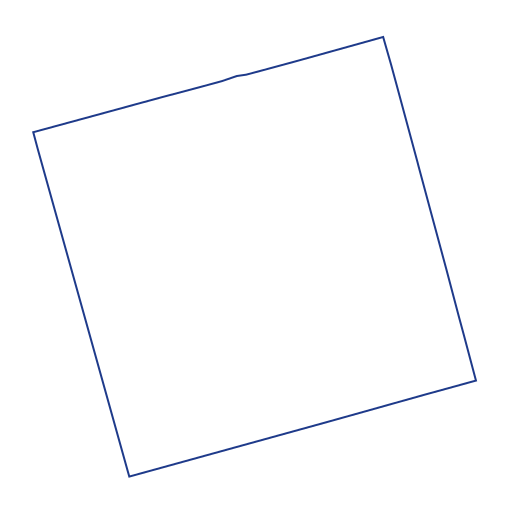 the district of Dallas, Texas, United States of America, rotated 74°
{"feature_id": "52423323B35177303918175", "entity_name": "Dallas", "entity_type": "district", "adm_level": 2, "iso_a3": "USA", "parent_name": "United States of America", "parent_adm1": "Texas", "projection": "albers", "projection_center": [-96.837, 32.767], "detail": "fine", "context": "isolated", "style": "outline", "palette": "blue", "viewbox_px": 512, "rotation_deg": 74, "n_neighbors": 0, "source": "geoboundaries", "source_scale": "gbopen_adm2", "svg_char_len": 587}
<svg xmlns="http://www.w3.org/2000/svg" viewBox="0 0 512 512"><g transform="rotate(74 256 256)"><path d="M436.4,78.9L390.1,78.0L369.7,77.7L322.0,76.7L276.5,76.0L263.0,75.8L262.9,75.8L238.6,75.4L214.0,75.0L210.5,74.9L131.4,73.7L116.6,73.5L109.6,73.4L95.5,73.4L80.5,73.4L79.8,164.6L79.5,185.7L79.3,198.6L79.0,215.4L77.7,224.9L78.5,240.6L78.2,262.3L78.2,262.6L77.4,302.3L77.2,317.1L77.0,331.0L77.0,331.3L76.7,356.0L75.6,436.0L92.8,436.3L428.3,438.6L433.1,438.6L435.2,232.2L435.3,217.8L435.6,166.0L435.8,132.5L436.3,86.0L436.4,78.9Z" fill="none" stroke="#1e3a8a" stroke-width="2"/></g></svg>